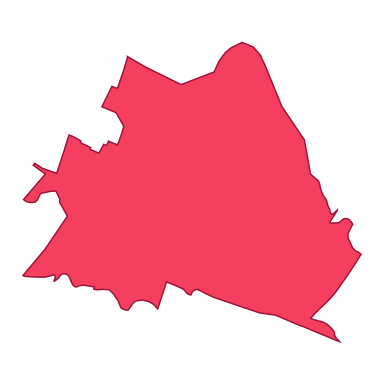 San Pedro Mártir, Oaxaca, Mexico (orthographic projection)
{"feature_id": "50627088B40688642514204", "entity_name": "San Pedro Mártir", "entity_type": "district", "adm_level": 2, "iso_a3": "MEX", "parent_name": "Mexico", "parent_adm1": "Oaxaca", "projection": "orthographic", "projection_center": [-96.704, 16.749], "detail": "fine", "context": "isolated", "style": "filled", "palette": "rose", "viewbox_px": 384, "rotation_deg": 0, "n_neighbors": 0, "source": "geoboundaries", "source_scale": "gbopen_adm2", "svg_char_len": 3386}
<svg xmlns="http://www.w3.org/2000/svg" viewBox="0 0 384 384"><path d="M352.8,224.2L351.8,222.6L350.9,221.6L350.7,221.3L349.7,220.2L347.4,218.7L346.5,218.7L344.4,218.6L342.9,219.3L341.0,221.0L338.1,222.9L334.0,223.0L330.4,223.1L330.0,221.8L330.9,220.4L337.1,210.7L337.2,210.1L335.0,212.2L333.7,213.8L331.1,213.9L330.1,212.2L329.7,209.3L328.7,207.5L327.5,204.5L326.6,200.6L324.9,197.7L323.4,195.8L321.9,192.5L320.4,188.0L319.5,183.5L318.3,180.8L310.5,174.1L304.4,139.9L282.3,107.2L281.9,106.6L264.7,64.5L261.9,58.8L260.7,55.5L253.1,46.9L242.0,42.4L231.3,47.7L225.5,52.4L219.0,61.1L214.2,71.9L181.1,84.6L146.0,67.3L127.5,56.6L127.6,57.0L123.2,71.7L117.7,87.8L116.4,88.1L111.9,86.3L107.6,95.2L101.9,106.8L116.1,112.7L123.8,126.3L122.0,132.7L117.8,144.4L117.6,144.9L108.5,141.2L107.1,144.3L106.6,145.5L103.7,144.4L98.9,153.2L90.4,149.4L90.5,147.4L80.4,142.7L80.9,141.2L80.9,140.9L73.1,136.6L69.1,135.0L66.8,141.7L64.9,148.3L57.9,169.6L56.6,173.4L42.4,168.3L40.8,167.2L36.9,164.7L35.2,163.6L34.7,163.3L33.3,165.2L45.3,174.1L23.5,199.6L26.3,201.5L30.1,202.5L32.5,202.5L35.3,202.0L37.4,199.8L38.1,198.3L39.0,196.5L40.1,194.2L42.2,193.0L46.1,192.3L50.5,191.3L53.9,191.1L56.1,191.2L58.1,195.5L59.7,198.8L59.7,202.4L67.4,216.2L45.0,249.3L23.0,275.5L24.8,276.4L29.7,276.7L37.8,277.1L44.3,277.1L45.1,277.1L49.2,276.2L53.4,274.9L55.3,276.0L55.1,278.6L53.9,281.0L54.6,281.1L58.5,278.1L59.6,276.4L61.6,274.2L64.0,273.7L65.1,274.0L66.3,274.2L67.0,274.4L67.9,275.3L68.5,275.8L69.7,277.7L70.5,280.2L71.2,281.7L72.4,284.2L74.0,286.2L75.6,286.9L77.3,286.7L79.4,285.8L81.2,285.4L84.0,285.2L91.6,286.5L94.6,287.0L93.8,288.8L93.8,289.2L94.7,289.5L95.8,289.7L97.0,289.8L100.3,289.5L101.6,289.5L103.0,289.4L105.9,289.5L109.3,289.9L109.5,290.1L110.3,290.8L113.6,294.1L115.7,297.2L117.9,300.5L120.8,307.4L121.5,308.2L122.9,309.1L124.8,309.8L126.8,310.1L128.3,310.0L132.8,303.5L134.6,301.6L136.1,300.9L141.8,300.1L143.3,300.3L148.6,301.5L153.3,304.1L157.7,308.9L166.5,281.9L170.0,283.3L177.0,286.2L180.2,287.7L183.4,289.3L184.7,290.5L185.8,291.9L187.2,293.5L188.8,294.5L190.9,295.0L192.5,291.5L195.3,289.7L198.3,289.5L198.5,290.0L199.8,290.5L200.9,291.0L202.3,291.8L202.8,292.0L205.1,293.3L206.5,294.0L209.0,295.1L209.4,295.3L212.0,296.5L213.6,297.2L215.6,298.0L216.0,298.1L217.4,298.6L219.5,299.3L223.8,300.8L227.2,301.9L229.0,302.5L230.2,302.9L232.1,303.6L234.4,304.4L235.9,304.9L237.1,305.3L238.4,305.7L239.5,306.1L240.6,306.5L245.3,308.1L246.3,308.4L248.9,309.3L250.1,309.7L252.0,310.3L253.2,310.7L254.4,311.1L255.5,311.5L257.0,312.0L259.2,312.8L275.6,315.2L276.8,315.7L278.8,316.5L281.3,317.6L284.9,319.1L287.1,320.1L288.9,320.9L290.6,321.6L292.8,322.5L295.5,323.7L300.6,325.8L303.2,326.6L336.0,340.3L339.5,341.6L338.5,340.3L337.1,339.1L336.1,338.0L335.3,336.6L334.8,335.5L334.5,333.8L334.2,332.2L333.5,330.8L332.8,330.1L332.1,328.9L330.8,327.7L328.7,325.6L327.5,324.5L325.7,323.6L324.4,322.8L322.8,322.1L320.4,321.3L319.1,321.1L316.4,320.3L315.6,320.1L313.5,319.6L310.9,318.1L314.5,313.9L317.8,310.6L326.3,302.5L329.4,299.3L333.7,294.6L338.6,288.2L342.3,282.6L347.1,276.0L347.9,274.8L354.1,265.3L356.1,262.3L361.0,254.3L358.5,252.3L357.0,251.6L355.1,250.4L352.7,247.9L351.7,245.9L350.7,243.5L350.1,242.1L349.2,240.6L348.4,238.7L347.9,236.5L347.9,235.0L347.9,234.7L348.2,233.1L349.1,231.4L349.9,229.7L350.8,227.9L351.5,226.5L352.2,225.1L352.8,224.2Z" fill="#f43f5e" stroke="#9f1239" stroke-width="1.5"/></svg>